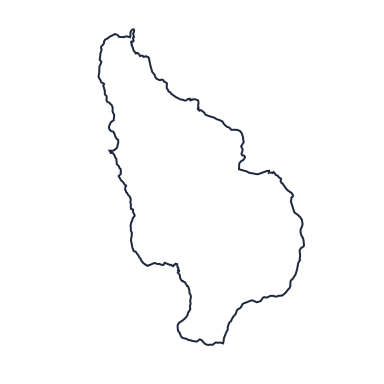 Stramtura, Maramures, Romania, rotated 103°
{"feature_id": "2599482B10134802893946", "entity_name": "Stramtura", "entity_type": "district", "adm_level": 2, "iso_a3": "ROU", "parent_name": "Romania", "parent_adm1": "Maramures", "projection": "equal_earth", "projection_center": [24.134, 47.755], "detail": "fine", "context": "isolated", "style": "outline", "palette": "slate", "viewbox_px": 384, "rotation_deg": 103, "n_neighbors": 0, "source": "geoboundaries", "source_scale": "gbopen_adm2", "svg_char_len": 5998}
<svg xmlns="http://www.w3.org/2000/svg" viewBox="0 0 384 384"><g transform="rotate(103 192 192)"><path d="M78.3,312.4L79.1,312.1L83.9,311.7L85.4,309.7L88.3,309.8L89.5,310.3L90.9,310.4L96.0,309.3L100.0,309.1L101.5,308.5L103.8,306.2L105.2,305.4L105.7,304.9L105.6,304.3L106.5,301.9L108.1,302.4L108.8,302.2L109.7,301.5L112.0,300.4L112.9,299.6L114.5,299.4L116.3,298.9L116.8,298.4L117.7,296.9L118.0,296.7L119.8,296.2L121.2,296.2L121.7,296.0L123.1,294.9L123.4,294.1L123.5,292.9L125.6,289.6L127.6,288.3L131.4,287.5L132.5,286.8L133.5,285.8L135.0,285.0L139.9,284.5L141.7,286.4L142.6,286.8L146.7,287.6L148.0,287.4L149.3,286.7L150.3,285.6L150.9,284.1L150.9,282.5L151.2,281.8L152.3,281.3L152.9,280.4L154.5,279.7L157.1,277.5L157.4,276.8L157.6,275.8L158.9,275.3L161.2,274.9L162.6,275.1L163.2,274.9L166.2,275.2L166.7,275.5L167.2,276.2L168.5,276.9L169.4,278.1L169.8,278.9L169.8,279.7L170.2,280.1L170.3,281.6L172.2,280.0L172.2,279.3L171.8,278.8L172.0,277.5L173.0,276.6L173.7,275.7L175.2,274.9L177.0,273.1L181.9,271.5L183.0,269.5L183.9,268.7L185.0,268.1L185.5,266.8L185.7,266.7L186.2,266.6L187.1,266.1L188.9,266.0L189.8,265.4L190.7,265.6L192.8,267.0L193.6,266.8L194.0,266.1L196.3,264.0L197.0,263.0L198.0,261.2L200.0,259.1L200.7,257.6L201.1,257.5L201.8,258.0L204.6,257.8L205.5,256.9L206.9,256.1L207.5,255.1L209.0,253.8L210.7,251.3L211.7,250.9L212.3,250.2L214.5,249.8L215.8,249.8L218.1,248.6L219.6,248.5L222.1,247.7L222.3,247.3L222.2,246.2L222.5,245.4L224.0,245.3L225.6,244.3L227.6,242.6L228.4,242.6L231.0,243.8L232.9,243.8L235.7,244.4L239.1,244.2L241.1,243.4L243.5,242.9L245.1,241.4L246.3,241.3L248.5,240.8L250.7,240.9L253.4,240.3L260.0,237.4L261.0,236.4L261.8,236.2L262.8,235.3L262.8,233.8L263.2,232.9L264.6,231.6L266.1,229.7L267.1,229.1L268.3,227.4L270.4,225.9L270.9,225.0L271.9,224.1L272.0,223.7L272.5,222.9L272.6,222.2L273.1,221.6L273.3,220.5L274.0,219.0L273.9,218.4L273.0,217.7L272.6,216.7L271.5,215.2L271.0,214.7L269.9,213.0L269.5,211.9L270.0,209.7L269.4,207.6L269.7,206.4L269.8,204.4L269.4,203.4L267.1,202.7L268.0,197.0L267.6,195.8L268.2,195.3L268.3,194.1L268.5,193.7L266.7,192.8L266.4,192.1L265.6,191.9L265.6,190.3L268.7,189.1L268.8,188.4L270.1,188.2L270.7,187.6L271.7,188.0L271.8,187.8L271.4,187.7L271.5,186.9L271.7,186.7L272.3,186.9L272.6,187.3L273.8,187.7L274.1,187.0L275.5,185.4L276.3,184.9L278.3,184.4L280.8,182.1L281.0,181.8L280.7,181.2L280.7,180.9L281.3,180.2L281.5,178.6L282.1,177.9L282.9,177.5L283.7,176.3L284.7,175.8L284.9,174.5L288.1,172.6L290.3,172.0L291.3,171.4L292.7,170.2L294.2,169.5L298.9,169.2L301.2,168.2L303.8,168.3L306.2,167.4L307.2,167.4L310.2,168.6L312.5,168.7L313.6,168.9L316.3,170.1L319.2,172.2L322.4,175.2L324.6,176.0L326.6,175.7L329.6,174.7L330.5,174.3L332.1,172.3L334.7,170.6L336.0,169.2L336.2,168.4L336.4,166.3L336.2,164.9L336.5,163.3L337.0,162.4L337.1,161.8L336.7,160.7L337.0,158.9L337.0,157.2L336.7,153.7L333.8,151.2L334.1,149.6L334.4,148.9L334.9,148.5L336.9,145.3L337.4,143.8L337.4,142.6L337.2,141.3L336.6,139.6L336.3,137.8L335.9,137.2L333.6,135.4L333.3,134.8L333.0,132.6L332.3,130.6L332.5,127.7L330.7,127.6L327.3,128.0L321.2,127.1L317.9,126.2L316.0,126.8L312.7,126.6L311.0,126.2L308.6,124.8L307.0,124.6L304.1,123.7L301.0,122.0L297.1,121.6L295.7,120.7L294.6,119.3L293.9,118.8L291.6,117.9L290.1,117.7L288.6,116.2L287.4,114.2L284.4,110.0L284.0,107.9L284.9,104.2L283.0,100.8L282.8,100.5L279.0,99.1L278.3,98.2L278.1,97.6L278.3,96.6L277.9,95.2L275.6,92.2L274.9,89.5L275.2,87.3L274.4,85.1L273.5,84.1L273.4,83.1L272.7,81.7L272.9,81.4L271.8,80.1L268.7,77.9L265.2,76.4L264.5,75.7L263.0,75.2L261.6,75.0L258.6,75.7L256.5,75.8L255.7,75.6L254.0,74.4L249.4,72.6L243.8,72.2L237.5,72.5L236.1,72.3L234.2,71.4L233.1,72.0L229.7,72.3L224.6,74.0L222.5,73.4L219.9,71.1L219.1,70.8L214.9,72.1L212.1,73.4L209.6,75.7L206.9,77.2L203.8,77.7L201.2,77.1L198.4,77.0L194.3,78.7L192.0,81.1L189.9,85.0L189.5,86.4L188.5,87.9L178.8,93.6L177.7,93.5L175.1,93.9L174.4,93.5L173.9,92.8L172.6,92.8L171.7,93.5L170.3,95.1L170.1,95.6L170.0,96.7L169.5,97.4L169.2,98.5L167.8,100.8L163.2,105.9L163.1,106.8L161.4,108.2L159.4,108.1L158.7,108.7L158.5,110.1L156.9,112.1L156.6,114.1L155.2,115.5L154.2,117.1L155.5,117.8L155.3,119.7L155.4,120.6L156.0,121.5L154.0,121.8L154.7,123.8L158.6,129.7L160.0,132.1L160.4,140.8L159.6,143.6L159.3,151.3L154.1,152.3L152.7,152.1L150.4,150.6L149.3,149.2L147.0,148.3L146.0,148.2L145.1,149.0L144.8,150.1L145.0,151.1L144.4,152.0L143.5,152.4L140.6,152.1L139.3,152.2L136.4,154.4L132.1,152.9L130.0,153.5L128.9,154.2L127.1,154.6L123.6,156.8L121.9,158.7L121.3,161.8L121.9,165.1L122.6,167.6L121.1,169.7L120.8,170.6L120.7,172.3L119.8,174.3L118.1,176.8L116.5,178.1L115.7,181.5L115.5,184.5L114.6,186.8L114.1,193.7L113.5,196.6L112.5,197.3L111.8,198.1L110.2,201.7L111.1,203.1L110.9,203.6L110.4,203.7L110.3,204.4L109.2,205.3L108.8,205.2L108.6,204.6L106.1,205.5L103.8,205.7L101.6,206.5L101.1,207.9L101.0,210.2L101.5,212.0L102.6,213.0L103.0,214.2L101.7,214.6L102.2,215.4L101.9,216.2L102.4,217.0L104.1,218.3L104.6,219.8L104.1,222.1L104.4,223.7L103.1,229.3L100.8,234.7L99.8,235.4L99.5,236.5L99.5,237.0L98.8,237.9L97.5,238.7L96.8,239.8L95.3,240.2L94.1,240.7L92.5,240.5L91.9,240.8L91.5,241.3L90.7,243.6L90.8,244.0L90.4,244.6L89.8,244.8L89.4,245.3L89.3,246.7L89.4,247.3L90.0,247.8L90.2,248.2L90.3,248.8L89.6,252.0L88.3,253.6L86.3,254.8L83.9,257.8L78.5,260.8L70.8,264.4L70.4,265.2L70.6,265.6L70.5,266.1L70.0,267.2L71.2,269.4L71.0,270.2L70.4,270.6L70.4,270.9L70.4,271.5L70.9,272.9L71.2,273.2L69.8,274.5L68.8,276.1L68.7,276.5L69.0,277.2L69.7,277.7L69.0,278.7L68.1,279.5L67.6,280.5L64.0,282.6L63.0,283.5L62.4,283.5L62.3,283.9L61.9,283.9L60.2,284.4L60.2,284.9L59.8,285.1L59.3,285.0L58.9,284.7L59.0,284.3L58.7,283.3L57.9,282.9L55.2,284.2L54.5,284.0L54.1,283.4L50.8,285.0L49.3,284.6L47.9,284.6L46.6,285.4L47.0,286.4L48.8,287.6L50.4,287.8L53.8,287.1L55.1,287.1L55.0,290.5L55.8,292.5L56.3,292.8L57.3,297.8L56.2,299.2L55.7,300.4L55.5,301.2L55.5,302.7L57.7,305.2L59.1,307.1L61.7,309.1L62.9,310.8L65.3,311.6L66.0,311.3L67.5,311.4L71.0,313.2L72.4,312.9L73.4,312.1L78.3,312.4Z" fill="none" stroke="#1e293b" stroke-width="2"/></g></svg>